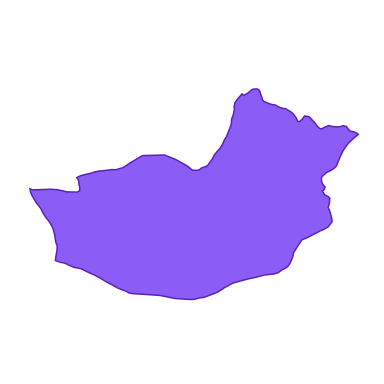 the district of Owan East, Edo, Nigeria, rotated 94°
{"feature_id": "59680162B90522809362613", "entity_name": "Owan East", "entity_type": "district", "adm_level": 2, "iso_a3": "NGA", "parent_name": "Nigeria", "parent_adm1": "Edo", "projection": "robinson", "projection_center": [6.02, 7.027], "detail": "fine", "context": "isolated", "style": "filled", "palette": "violet", "viewbox_px": 384, "rotation_deg": 94, "n_neighbors": 0, "source": "geoboundaries", "source_scale": "gbopen_adm2", "svg_char_len": 2849}
<svg xmlns="http://www.w3.org/2000/svg" viewBox="0 0 384 384"><g transform="rotate(94 192 192)"><path d="M277.2,136.8L274.9,130.2L273.9,126.7L272.3,121.3L270.8,117.1L269.7,114.2L269.2,110.6L268.7,108.2L268.1,104.6L266.6,100.5L263.5,96.9L261.4,93.4L259.9,91.6L259.3,91.0L256.3,89.3L256.2,89.2L253.1,88.1L249.5,86.9L245.4,86.4L239.7,83.4L234.5,80.5L231.9,78.8L229.9,74.6L227.8,71.0L225.6,67.6L225.2,66.9L223.9,64.6L223.1,63.3L221.6,61.0L220.5,58.6L217.4,53.8L214.8,52.1L212.2,50.3L210.7,50.3L206.0,51.6L200.9,53.4L197.8,55.2L193.7,54.1L188.5,54.1L187.0,56.0L185.4,59.6L181.8,62.0L181.3,61.4L180.3,60.2L177.7,59.6L176.1,61.4L173.0,63.3L170.0,63.9L167.4,63.3L163.2,59.2L161.2,55.6L158.6,52.1L156.0,49.7L153.1,48.9L145.6,46.3L141.0,44.5L135.8,41.6L132.2,39.2L129.1,36.3L126.0,33.3L123.0,30.1L121.7,32.0L120.7,34.6L120.3,38.0L119.3,39.5L117.7,41.0L115.7,42.9L115.3,45.9L116.6,48.9L116.9,51.2L116.9,52.3L116.8,57.2L116.1,60.2L118.4,64.7L120.0,67.0L119.9,67.5L119.6,69.3L118.0,71.1L117.3,71.9L115.3,73.4L114.0,74.9L111.4,77.5L109.7,79.4L108.7,80.5L108.3,85.0L112.2,87.5L114.2,89.6L114.2,91.5L111.9,92.6L110.2,93.7L107.6,95.9L105.6,98.2L104.6,100.0L103.3,102.7L102.3,104.5L102.2,107.2L101.5,110.5L99.5,114.7L99.2,116.2L99.2,118.4L98.5,121.1L97.8,123.3L96.5,126.7L95.1,128.2L93.5,128.6L91.9,129.3L89.6,130.4L87.3,131.1L85.9,131.9L84.9,133.4L84.6,134.9L85.2,138.6L86.8,140.5L88.1,141.7L89.7,143.6L91.0,145.5L92.0,147.4L90.6,148.9L92.2,150.1L95.9,153.0L100.0,155.4L104.6,155.9L107.2,155.3L108.8,155.9L110.3,155.9L112.5,156.4L112.9,156.4L116.5,157.6L121.2,157.5L125.8,158.7L131.0,160.4L134.6,161.6L137.7,163.3L141.3,164.5L146.0,166.8L149.1,169.2L153.2,172.1L157.4,173.9L161.0,176.2L164.1,178.0L164.8,178.8L165.6,179.8L167.2,183.9L169.8,186.9L169.9,188.0L170.3,192.8L166.2,198.8L160.6,210.8L157.0,222.2L157.1,223.1L159.1,243.7L161.7,247.8L164.3,251.4L167.9,256.7L170.0,259.1L172.6,262.7L173.6,265.6L175.2,269.8L175.2,273.4L176.2,278.1L177.8,287.1L178.8,290.6L179.6,292.4L179.9,293.0L181.4,297.7L182.5,301.4L183.5,304.3L185.6,307.9L188.2,306.1L191.8,305.4L195.9,304.2L198.5,304.2L200.1,306.5L200.6,317.3L200.1,319.1L199.6,323.3L199.1,326.8L199.1,333.4L201.0,351.0L200.1,353.9L203.3,353.1L206.9,351.2L213.1,347.0L219.3,341.5L223.4,339.1L227.5,336.1L230.1,333.7L232.1,331.9L235.7,329.4L239.4,327.6L245.5,325.7L251.2,324.5L255.3,322.7L260.0,322.6L264.6,323.2L269.9,323.5L271.3,318.3L271.8,314.1L273.9,308.7L275.4,304.5L275.9,299.7L276.4,296.8L279.5,289.6L281.6,283.6L284.6,277.0L287.7,271.0L289.4,267.1L289.5,266.9L290.3,265.0L290.4,264.8L292.9,259.6L294.4,254.8L295.9,250.0L297.0,248.2L297.5,244.0L297.4,217.1L299.4,201.6L299.4,195.6L299.4,192.2L299.3,185.5L298.8,181.9L297.3,177.7L297.2,177.2L296.2,172.4L292.6,164.7L290.0,159.3L286.9,155.2L284.6,152.1L284.3,151.6L281.7,147.5L280.1,145.1L277.2,136.8Z" fill="#8b5cf6" stroke="#5b21b6" stroke-width="1.5"/></g></svg>